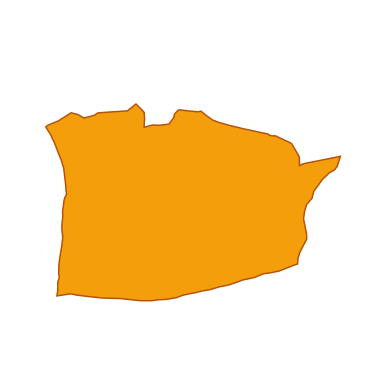 Bani Surim, Amran, Yemen (Mercator projection), rotated 169°
{"feature_id": "15242507B49574817537392", "entity_name": "Bani Surim", "entity_type": "district", "adm_level": 2, "iso_a3": "YEM", "parent_name": "Yemen", "parent_adm1": "Amran", "projection": "mercator", "projection_center": [43.98, 16.128], "detail": "fine", "context": "isolated", "style": "filled", "palette": "amber", "viewbox_px": 384, "rotation_deg": 169, "n_neighbors": 0, "source": "geoboundaries", "source_scale": "gbopen_adm2", "svg_char_len": 1927}
<svg xmlns="http://www.w3.org/2000/svg" viewBox="0 0 384 384"><g transform="rotate(169 192 192)"><path d="M344.5,115.8L330.7,115.2L324.0,112.5L318.9,110.9L314.9,109.5L308.1,107.5L300.4,105.1L300.0,105.0L282.0,100.9L264.0,95.3L259.6,94.4L252.7,93.0L245.5,92.6L241.3,92.0L238.6,91.6L236.2,91.4L231.6,91.4L227.6,91.2L220.7,92.4L213.3,92.6L208.6,92.5L200.3,92.9L195.8,92.8L192.9,92.7L182.9,93.7L181.2,93.7L177.5,93.7L173.1,93.8L165.4,94.9L158.5,96.0L154.3,96.0L146.9,96.2L137.5,98.1L130.6,97.7L128.7,97.7L121.8,97.8L114.4,99.1L107.1,100.5L102.1,101.2L100.9,105.9L97.7,112.1L93.1,118.0L88.4,123.9L87.5,129.1L87.6,137.3L87.6,144.4L85.2,151.5L81.8,157.9L75.4,162.9L72.4,169.3L67.0,174.4L61.4,179.6L57.1,182.3L53.2,184.8L48.2,186.3L44.6,189.4L39.5,198.7L77.1,198.5L81.4,197.3L81.3,199.1L81.0,199.2L80.0,206.2L83.0,214.9L83.3,215.4L84.8,220.2L87.9,223.0L90.3,224.5L99.3,231.2L102.7,231.8L105.1,232.9L105.8,234.1L118.5,239.6L124.1,242.0L128.7,243.9L143.1,250.5L143.4,250.6L148.5,253.3L152.2,255.1L158.0,258.7L163.2,264.2L167.8,269.7L171.0,269.6L181.0,272.6L188.0,274.9L189.8,275.0L194.4,271.8L195.8,268.3L197.1,267.3L201.7,263.1L207.3,263.4L211.1,263.7L217.5,265.2L220.8,265.2L226.4,264.6L226.7,264.7L225.5,269.5L224.8,271.9L224.5,273.1L223.8,279.2L224.2,279.5L224.2,280.1L230.2,289.1L239.8,284.0L240.5,284.1L250.5,285.3L258.1,286.3L269.3,287.6L273.1,286.0L275.4,285.8L280.2,285.5L283.9,285.2L289.2,289.8L291.9,291.1L295.5,292.8L296.1,292.6L302.4,290.1L304.5,289.3L309.3,287.4L309.8,287.3L314.5,286.3L320.8,285.0L323.1,283.8L323.0,283.3L320.2,276.4L317.8,267.2L316.9,262.6L315.7,255.4L314.2,247.6L313.4,239.9L314.7,222.4L315.3,218.0L315.6,213.6L317.1,211.8L318.1,210.6L319.7,206.9L321.1,202.4L322.8,197.6L323.5,192.7L325.8,185.3L326.8,180.7L327.5,172.3L330.3,163.4L332.1,158.8L333.8,154.0L335.6,148.9L336.8,144.9L338.4,137.5L338.6,133.5L341.0,129.0L342.6,120.8L344.5,115.8Z" fill="#f59e0b" stroke="#b45309" stroke-width="1.5"/></g></svg>